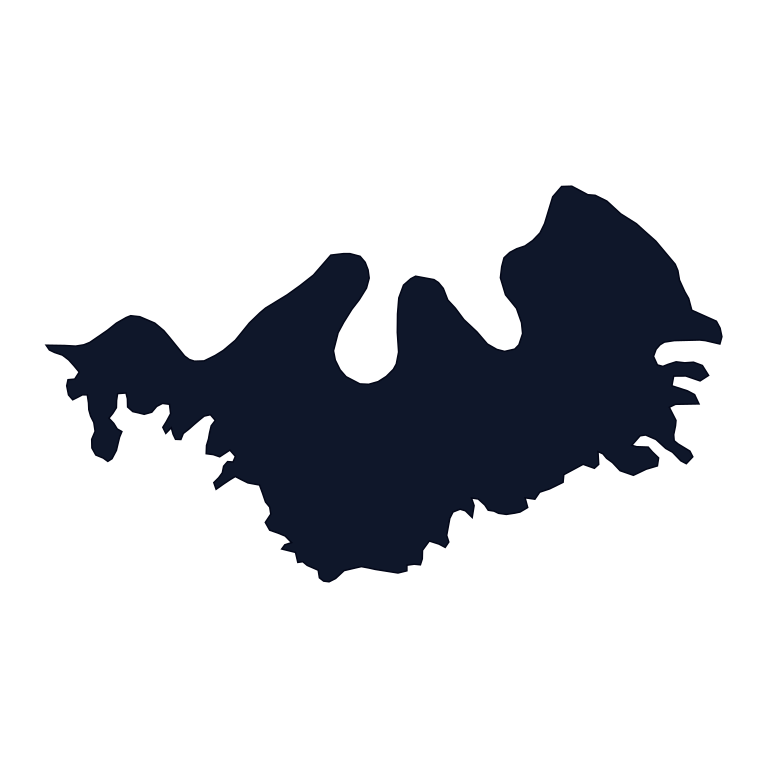 Capanema, Paraná, Brazil
{"feature_id": "56859067B47648271195329", "entity_name": "Capanema", "entity_type": "district", "adm_level": 2, "iso_a3": "BRA", "parent_name": "Brazil", "parent_adm1": "Paraná", "projection": "robinson", "projection_center": [-53.789, -25.607], "detail": "fine", "context": "isolated", "style": "filled", "palette": "ink", "viewbox_px": 768, "rotation_deg": 0, "n_neighbors": 0, "source": "geoboundaries", "source_scale": "gbopen_adm2", "svg_char_len": 3705}
<svg xmlns="http://www.w3.org/2000/svg" viewBox="0 0 768 768"><path d="M688.7,298.5L684.8,291.7L679.5,280.1L677.9,270.6L675.2,264.2L655.8,241.1L644.1,230.7L636.5,223.8L620.7,213.8L606.9,201.1L595.2,195.3L587.8,194.7L571.8,186.2L561.6,186.5L552.7,196.8L544.6,223.5L540.0,232.9L532.7,240.5L524.9,246.0L516.8,248.7L509.8,252.4L504.0,257.8L501.7,266.6L500.4,277.8L505.5,294.8L516.5,308.4L521.5,322.7L522.6,333.6L518.9,344.8L514.7,349.1L504.6,351.4L496.8,349.4L487.4,344.0L476.9,331.8L463.9,319.6L455.4,308.2L447.8,300.0L443.3,288.4L438.5,282.6L434.0,279.6L415.6,276.2L410.8,278.7L403.5,285.1L398.8,297.9L397.5,314.0L397.3,332.4L398.6,352.1L396.3,364.0L393.3,369.4L386.3,376.4L378.2,381.6L368.7,384.3L359.9,383.9L346.1,376.7L340.1,369.8L335.3,360.1L333.5,350.8L338.1,332.8L343.7,322.4L351.9,309.3L359.3,299.7L366.5,288.1L369.2,278.1L368.1,269.9L365.2,262.3L360.1,256.3L349.9,253.6L343.7,253.6L330.8,255.1L313.4,275.1L299.9,285.7L286.9,295.0L265.6,308.0L260.0,312.7L249.4,322.9L235.3,340.3L223.3,350.4L215.1,355.5L204.1,360.9L194.5,361.2L189.3,359.5L184.6,356.0L169.7,337.6L163.8,330.6L154.8,323.1L139.8,316.7L130.7,315.7L126.2,317.5L116.4,323.1L107.4,330.3L89.8,342.4L83.8,344.8L75.7,346.1L64.5,345.5L46.1,345.2L49.4,350.0L54.6,352.5L62.4,355.1L68.7,359.9L73.9,365.7L79.2,372.1L74.7,379.1L68.0,379.7L66.7,385.8L68.5,394.9L72.7,399.8L77.7,397.3L82.5,394.8L87.3,394.9L88.5,402.9L88.8,409.7L90.6,416.1L93.8,422.5L95.1,431.3L91.7,439.3L91.9,448.0L95.8,455.0L103.3,458.1L107.8,461.4L112.0,458.7L116.4,450.4L118.2,442.8L119.6,437.1L121.9,431.6L117.2,428.9L113.8,423.4L108.9,418.2L112.8,413.4L116.4,407.7L116.6,400.4L117.6,393.6L126.0,393.0L127.4,398.8L127.6,407.0L132.8,411.6L138.2,412.8L144.2,414.3L151.8,412.2L156.7,406.4L162.5,403.4L169.5,404.3L170.6,413.7L166.4,421.5L162.8,427.3L165.8,433.4L171.3,427.7L173.1,434.3L175.5,439.3L180.9,439.5L183.3,433.5L189.5,428.6L194.2,424.4L199.4,420.0L204.2,416.1L210.4,414.7L215.3,420.4L211.2,425.8L209.5,433.1L208.5,438.9L206.5,445.5L206.2,453.7L213.3,454.6L219.7,456.8L224.4,453.7L229.9,450.1L235.4,456.4L233.0,462.0L227.6,461.6L223.6,466.2L222.3,472.8L218.7,477.7L213.8,482.6L216.1,489.3L223.9,483.8L229.9,479.8L235.3,476.5L241.6,479.8L247.9,482.9L254.4,484.1L259.5,485.0L262.4,492.9L265.5,502.0L269.7,507.1L270.8,514.1L265.3,522.4L269.7,530.2L277.8,533.0L285.1,536.0L291.6,542.6L284.8,544.8L281.7,549.0L295.5,552.4L297.8,562.4L302.8,561.7L307.2,565.4L318.2,570.2L319.4,577.8L323.6,581.1L329.1,581.8L335.6,578.5L344.1,570.6L355.6,567.9L361.4,566.6L368.4,567.9L375.2,569.4L398.0,573.0L406.9,570.8L406.9,565.2L414.2,564.2L420.4,564.8L422.3,558.8L422.5,550.3L429.3,541.0L439.0,544.1L445.2,547.4L448.8,542.0L446.7,535.4L449.8,518.4L453.0,512.0L460.1,509.2L465.4,510.8L472.2,517.5L474.1,505.6L471.5,498.0L478.2,499.0L484.8,505.0L488.2,510.2L494.0,511.1L498.5,513.3L506.3,514.4L514.9,513.1L520.1,512.0L527.7,507.5L525.1,497.8L534.9,499.2L539.7,492.2L549.6,488.9L563.1,482.3L563.8,474.7L583.1,464.3L594.4,468.3L598.7,464.4L598.0,451.6L602.9,453.8L606.6,458.3L612.5,462.6L620.1,470.7L633.4,475.3L640.6,471.9L646.2,469.2L657.4,465.9L658.6,457.9L652.4,451.9L648.2,447.1L636.5,446.7L631.8,445.3L640.1,435.8L645.6,435.0L656.0,439.5L665.7,448.4L672.5,452.2L680.8,460.8L686.3,463.7L692.8,456.8L689.9,451.1L678.2,444.0L674.2,440.7L673.7,434.7L675.5,425.9L676.0,420.4L669.3,407.3L675.5,404.3L699.0,403.9L694.6,394.6L687.6,390.9L671.9,385.8L673.7,376.1L685.8,376.0L700.1,380.9L708.6,375.4L702.4,365.5L693.5,362.2L684.7,362.8L676.1,361.8L668.2,364.3L662.9,366.4L657.4,364.9L653.5,356.4L656.1,349.3L660.0,344.8L664.4,342.1L674.3,340.6L699.5,340.0L705.3,340.6L719.9,344.0L721.9,336.7L720.1,328.1L716.4,321.2L691.8,310.2L688.7,298.5Z" fill="#0f172a" stroke="#020617" stroke-width="1.5"/></svg>